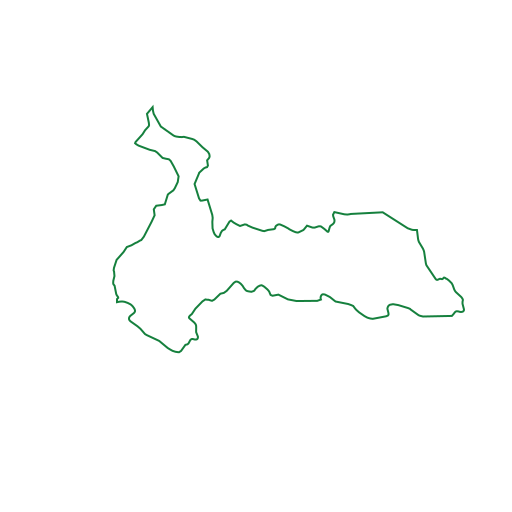 outline of San José, rotated 318°
{"feature_id": "CRI-1331", "entity_name": "San José", "entity_type": "Province", "adm_level": 1, "iso_a3": "CRI", "parent_name": "Costa Rica", "parent_adm1": "", "projection": "equal_earth", "projection_center": [-83.994, 9.633], "detail": "fine", "context": "isolated", "style": "outline", "palette": "green", "viewbox_px": 512, "rotation_deg": 318, "n_neighbors": 0, "source": "natural_earth", "source_scale": "10m", "svg_char_len": 5036}
<svg xmlns="http://www.w3.org/2000/svg" viewBox="0 0 512 512"><g transform="rotate(318 256 256)"><path d="M238.6,151.9L241.0,151.3L247.3,148.7L251.8,145.0L254.8,134.5L256.2,128.2L256.0,125.9L255.2,124.8L254.1,123.4L252.2,120.6L251.8,113.0L251.2,110.5L248.1,106.0L242.6,95.4L241.8,92.8L241.6,91.3L242.8,90.7L253.2,89.6L257.8,88.3L263.0,87.8L264.1,87.2L265.5,85.3L270.1,77.4L278.8,76.2L276.7,79.0L275.1,81.9L271.9,96.1L275.3,111.2L275.8,112.5L276.7,113.9L278.7,116.3L280.7,118.2L281.8,118.9L282.3,119.4L287.0,126.5L287.9,128.3L288.5,131.1L289.0,139.3L290.0,146.3L289.5,148.9L288.8,150.1L287.9,151.2L286.6,151.8L283.7,152.2L280.8,156.6L280.0,156.9L279.1,157.2L278.4,156.9L277.9,156.5L275.7,156.0L269.5,156.1L269.3,156.3L258.5,161.4L252.2,175.1L251.8,177.7L252.2,178.1L253.1,178.8L257.8,181.6L251.0,196.2L249.3,198.7L246.4,201.4L242.2,206.4L240.6,209.8L239.9,211.9L239.8,213.3L239.8,214.2L239.9,215.1L240.1,215.9L240.5,216.5L241.0,216.9L241.7,216.9L242.4,216.8L245.2,215.3L247.1,214.7L247.8,214.6L249.2,214.8L250.6,215.3L259.3,212.7L261.2,213.0L261.7,216.0L262.2,217.6L262.7,219.2L264.2,223.0L268.8,225.0L270.0,226.5L270.2,227.3L270.3,227.9L272.4,232.6L277.6,241.6L278.8,243.1L279.5,243.4L282.4,244.7L287.2,248.0L288.4,248.3L289.0,248.1L289.5,247.6L290.2,247.2L291.2,247.0L293.1,247.3L294.0,247.7L294.7,248.3L295.1,248.9L296.9,252.9L298.5,257.4L298.6,258.2L299.1,259.6L300.1,262.2L301.3,264.7L302.1,265.8L302.8,266.6L303.4,266.9L308.6,268.4L309.7,268.3L314.2,267.6L316.9,272.5L317.5,273.2L318.7,274.2L322.3,275.8L323.3,276.6L324.0,277.4L324.2,278.2L324.9,281.6L325.4,285.8L325.8,286.3L326.3,286.3L329.6,284.2L330.8,283.6L331.5,283.4L334.2,283.7L335.0,283.7L335.7,283.6L336.4,283.4L337.0,283.1L337.5,282.7L337.9,282.3L338.4,281.8L338.7,281.2L339.9,278.3L340.8,276.9L343.6,275.8L349.6,284.2L351.7,286.4L354.0,287.9L354.6,288.2L379.4,308.3L387.3,336.9L389.3,340.6L390.1,341.7L393.0,344.4L387.9,351.7L387.2,352.9L386.5,354.5L385.0,362.2L384.4,364.0L383.8,365.3L377.4,375.0L376.6,376.5L376.4,377.3L374.1,393.4L374.2,394.2L374.5,394.8L375.0,395.2L377.0,395.8L377.6,396.1L378.0,396.7L378.4,397.2L378.8,397.7L379.3,397.9L380.0,397.9L380.6,397.8L381.2,397.8L381.6,398.2L381.9,398.9L382.0,399.8L382.4,400.4L382.7,401.7L383.0,403.5L383.2,407.2L382.7,409.2L380.9,413.6L380.5,415.2L380.4,416.6L381.1,423.9L380.9,425.6L380.6,426.7L380.1,427.3L379.6,427.7L379.1,428.0L378.4,428.7L377.5,429.7L375.0,434.5L374.6,435.1L374.1,435.5L373.5,435.7L372.9,435.8L372.3,435.6L371.6,435.3L370.6,434.5L370.2,434.0L369.1,432.3L368.1,431.3L367.5,431.0L366.7,430.9L366.1,430.9L364.1,431.3L361.5,431.6L361.0,431.2L339.6,412.7L337.9,410.2L337.3,409.0L337.1,408.3L335.3,400.1L335.1,399.3L335.1,398.4L334.2,396.5L328.9,387.7L325.6,383.5L323.3,382.1L322.7,381.8L322.0,381.7L321.4,381.7L320.6,381.8L319.9,382.1L319.3,382.4L318.7,382.8L318.3,383.2L316.2,387.1L315.8,387.6L315.4,388.1L314.8,388.4L314.2,388.5L312.4,387.9L300.7,380.8L299.1,378.9L298.2,377.5L297.5,376.3L296.4,373.2L294.9,366.8L294.5,363.3L294.5,361.4L294.8,358.2L293.9,356.2L292.4,353.4L284.7,343.1L284.5,342.3L283.5,336.2L283.1,335.0L281.5,330.9L280.7,329.8L279.9,329.1L279.3,328.9L278.6,328.9L277.9,329.1L277.3,329.3L276.7,329.7L276.2,330.1L275.8,330.6L275.4,331.1L275.1,331.8L271.5,330.3L256.0,316.6L250.7,309.6L246.8,299.7L241.7,296.6L240.8,294.7L241.3,293.1L241.9,291.6L242.1,290.3L242.1,288.4L241.6,284.4L241.1,282.7L240.6,281.5L240.0,281.1L238.8,280.5L236.7,280.0L233.6,280.1L231.5,280.6L230.4,280.3L228.6,279.5L226.8,277.3L225.9,276.0L225.5,274.8L225.5,273.8L225.6,271.8L226.1,269.1L226.1,267.9L226.1,266.4L225.6,263.9L224.9,262.5L224.1,261.7L223.6,261.4L221.5,261.1L210.9,262.3L207.4,261.9L204.3,260.2L195.9,260.5L193.4,259.9L193.0,259.4L191.4,256.7L190.5,255.9L189.3,254.4L185.8,253.9L175.7,254.6L169.5,256.2L166.8,256.1L165.4,256.5L164.9,257.0L164.8,257.8L165.6,264.1L165.5,266.0L165.3,266.8L164.8,267.8L163.9,268.9L161.3,271.7L160.6,272.5L160.3,273.2L158.9,277.0L158.2,277.8L157.5,278.2L156.9,278.4L156.2,278.3L155.6,278.0L155.1,277.6L154.6,277.1L153.5,275.4L153.0,274.9L152.4,274.6L151.7,274.5L151.0,274.5L147.3,275.8L146.4,275.8L145.8,275.7L144.1,274.8L136.8,276.4L134.4,276.0L133.7,275.3L132.0,273.2L130.5,270.6L129.5,267.6L128.8,265.2L127.3,254.7L127.1,254.0L121.9,241.7L121.3,239.8L121.3,238.9L121.4,232.7L120.9,228.9L119.1,220.9L119.0,220.1L119.0,219.2L119.2,218.4L119.5,217.8L120.0,217.3L120.5,216.9L121.2,216.6L122.6,216.4L127.1,216.7L127.9,216.6L128.5,216.4L129.1,216.1L129.5,215.7L130.0,214.8L130.4,213.6L130.7,211.0L130.6,209.2L130.4,208.0L129.3,205.1L127.9,202.5L127.5,201.9L126.6,200.8L125.7,199.9L124.0,198.6L121.8,197.3L123.9,195.0L125.6,194.9L126.0,194.3L126.3,191.9L126.7,190.7L131.0,183.5L131.1,182.5L131.1,181.7L131.7,180.6L133.3,179.0L137.4,176.2L140.1,172.6L140.4,171.8L140.6,171.4L142.5,169.8L149.8,165.6L160.3,164.4L166.0,162.9L170.6,164.7L175.3,165.7L176.2,166.1L177.3,166.4L180.1,166.9L181.4,167.4L185.6,166.6L201.3,160.7L207.9,157.9L211.3,152.9L215.5,151.9L220.1,155.1L222.8,156.6L231.5,151.4L232.5,151.3L238.6,151.9Z" fill="none" stroke="#15803d" stroke-width="2"/></g></svg>